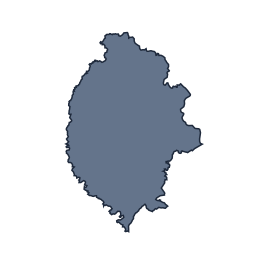 São Francisco de Assis, Rio Grande do Sul, Brazil, rotated 230°
{"feature_id": "56859067B81817993019000", "entity_name": "São Francisco de Assis", "entity_type": "district", "adm_level": 2, "iso_a3": "BRA", "parent_name": "Brazil", "parent_adm1": "Rio Grande do Sul", "projection": "mercator", "projection_center": [-55.147, -29.45], "detail": "fine", "context": "isolated", "style": "filled", "palette": "slate", "viewbox_px": 256, "rotation_deg": 230, "n_neighbors": 0, "source": "geoboundaries", "source_scale": "gbopen_adm2", "svg_char_len": 5770}
<svg xmlns="http://www.w3.org/2000/svg" viewBox="0 0 256 256"><g transform="rotate(230 128 128)"><path d="M125.6,197.0L126.4,196.7L127.2,196.9L128.1,196.6L127.8,195.0L129.4,193.3L127.7,192.0L128.1,191.3L129.4,191.3L129.7,190.3L130.9,189.5L130.6,188.6L130.0,187.9L130.3,187.2L131.4,186.6L132.7,186.5L135.1,186.8L136.9,187.5L137.5,186.9L136.9,184.1L137.6,183.5L138.4,183.3L139.7,184.0L142.0,186.9L141.7,190.6L143.8,193.0L145.0,193.2L145.5,193.9L145.6,194.7L145.1,195.6L145.3,196.4L148.2,196.6L148.6,197.8L149.1,198.7L150.7,199.9L153.4,199.8L154.3,200.1L156.6,200.3L158.1,201.4L160.5,200.9L162.5,200.0L163.7,198.3L164.7,198.9L165.4,199.1L166.2,198.4L165.3,197.0L165.7,196.2L167.6,197.3L168.4,197.5L169.9,197.2L170.7,196.4L172.1,195.5L172.8,194.7L173.7,192.9L174.5,192.0L175.6,191.9L177.1,192.8L177.3,190.7L178.3,189.9L179.3,188.0L181.3,188.0L183.4,189.4L185.3,188.7L188.2,188.0L189.1,188.1L190.7,188.7L192.4,190.1L194.7,190.0L195.5,188.6L196.1,187.9L196.4,186.4L197.8,187.6L199.4,188.0L200.6,188.8L201.6,188.8L203.5,186.0L203.1,184.3L203.0,183.0L203.3,181.1L204.8,180.2L205.5,180.9L206.2,181.0L207.4,179.4L208.4,178.8L208.7,177.8L209.7,177.0L209.5,176.2L210.6,175.3L211.3,175.3L212.0,174.6L211.9,173.5L213.1,172.2L213.5,171.4L213.1,170.7L213.4,169.6L212.6,169.0L211.5,168.4L211.6,167.5L210.3,163.8L210.6,163.0L211.6,162.6L211.3,161.4L210.2,161.2L209.0,162.4L208.3,161.9L207.9,163.2L207.0,163.1L206.1,163.3L204.2,161.9L203.4,162.8L201.5,163.0L200.9,162.5L200.7,161.6L199.7,160.5L200.3,158.7L199.7,157.9L199.0,156.4L197.6,156.0L196.9,155.4L195.8,155.9L194.9,155.5L194.5,154.7L194.2,153.9L194.5,152.5L194.7,151.1L195.1,150.2L196.7,149.9L197.7,149.4L198.2,147.6L199.3,147.6L200.0,146.2L200.7,146.7L201.2,146.1L200.5,144.5L201.2,143.7L200.4,142.8L201.0,142.2L200.6,141.1L201.7,140.3L201.6,139.1L200.0,139.0L199.3,138.4L198.9,137.3L197.3,135.6L197.1,133.8L198.1,132.7L197.2,131.8L196.2,132.1L196.4,131.0L197.2,130.6L196.7,128.3L196.7,126.9L197.0,126.1L196.3,125.3L195.0,124.5L195.0,123.3L194.0,121.3L193.7,120.2L192.9,119.3L192.9,118.0L192.4,117.4L193.5,115.2L192.4,114.6L193.1,114.1L193.2,113.0L192.0,112.6L192.2,111.1L190.9,110.6L191.6,110.2L191.1,109.3L189.0,107.8L188.9,106.3L187.8,105.3L186.6,103.6L186.4,102.5L185.9,101.7L186.3,100.9L186.1,99.7L185.1,99.3L184.8,98.4L183.3,97.0L181.8,97.3L179.6,94.9L178.9,93.8L178.2,93.3L176.9,91.8L176.0,92.1L175.2,93.1L173.4,90.0L170.5,89.9L169.7,89.5L169.5,87.5L170.0,86.6L169.4,85.9L168.2,84.3L168.3,83.4L167.9,82.6L167.6,81.4L167.2,80.5L166.3,79.7L164.3,79.6L163.5,78.7L162.5,78.1L161.9,77.3L160.9,77.0L159.8,76.8L159.5,76.0L159.1,73.8L157.2,73.5L155.7,73.7L155.3,71.9L155.7,70.2L154.8,70.6L153.8,71.4L152.7,71.3L153.5,70.4L153.3,68.5L152.4,68.5L151.2,70.3L150.1,70.3L149.0,68.9L150.2,66.8L149.9,65.7L149.0,65.4L148.4,64.7L146.6,65.0L143.3,64.3L142.3,62.8L142.2,61.9L141.5,61.2L140.9,60.5L139.7,60.4L138.6,61.7L137.3,62.2L135.3,61.8L134.2,60.5L133.7,61.2L132.7,61.8L132.5,59.2L131.6,57.8L129.5,58.0L126.8,57.0L126.2,56.1L125.0,57.3L123.9,57.5L122.6,56.6L121.9,58.6L121.0,59.2L119.9,58.3L119.7,56.8L118.9,57.0L117.7,55.4L116.6,56.8L116.2,60.2L115.5,60.6L114.7,60.8L113.9,60.7L113.2,59.8L112.7,58.6L111.5,58.7L110.3,59.5L109.6,58.0L110.1,56.8L111.1,56.9L110.3,56.0L109.3,55.0L107.4,55.6L105.4,56.8L105.3,55.8L103.5,56.4L103.1,54.6L102.3,54.9L101.2,55.0L99.9,56.3L98.5,57.0L97.6,57.9L97.5,58.7L96.4,60.3L95.1,59.4L93.9,60.1L93.0,59.9L92.4,60.9L91.6,60.8L90.6,61.5L89.1,61.6L88.3,61.9L87.3,61.9L86.4,61.6L86.0,59.9L85.3,60.2L84.0,59.3L84.4,60.2L83.4,60.6L83.2,61.9L81.9,62.3L80.6,62.9L79.6,64.0L78.5,64.2L77.3,63.9L76.5,64.0L76.0,62.6L76.5,61.8L76.3,59.9L74.9,60.2L74.3,59.4L72.1,59.8L72.0,60.7L71.5,61.8L70.8,62.1L70.4,63.3L70.8,66.5L69.6,67.9L68.7,68.2L66.8,67.2L65.8,66.2L65.7,64.5L64.9,64.4L64.3,65.1L65.0,66.3L64.1,68.2L62.3,67.4L62.2,66.6L62.4,63.1L63.5,62.0L63.9,61.4L64.2,59.7L63.1,59.0L62.3,59.2L61.9,60.4L58.4,60.9L57.0,61.8L55.8,60.3L54.8,61.5L52.3,61.3L51.2,60.3L51.0,59.4L50.2,59.6L49.3,61.5L48.2,61.9L50.1,63.5L52.6,65.4L53.3,67.1L53.3,69.0L54.0,71.0L54.6,72.1L55.0,73.9L56.7,75.3L56.9,76.4L57.5,77.4L58.0,79.4L57.6,80.2L57.9,81.8L57.7,82.8L58.2,83.6L58.6,84.9L58.4,86.3L58.6,87.5L59.0,88.2L58.7,89.4L58.7,92.0L57.5,92.0L56.4,91.7L55.9,91.2L54.3,90.6L53.6,91.1L51.7,91.1L48.3,93.0L48.7,93.9L48.3,94.7L48.6,97.1L47.5,97.8L47.4,100.6L45.5,102.0L44.3,103.7L43.5,104.1L42.5,105.1L42.7,107.0L42.6,108.2L44.2,108.0L45.3,107.6L46.7,107.8L47.7,107.6L48.4,106.9L50.3,106.2L51.6,105.6L51.9,106.4L52.7,106.0L52.9,104.4L54.3,103.6L55.4,103.3L56.0,105.0L55.5,108.7L55.3,109.4L53.2,112.8L53.8,113.2L54.3,114.1L55.0,114.4L60.6,114.9L62.4,120.9L63.4,121.3L63.8,122.3L64.6,123.2L63.4,124.5L64.1,124.9L64.9,125.7L66.0,125.9L67.6,125.3L67.9,126.6L67.4,127.7L68.5,127.7L69.2,128.2L70.2,127.5L71.0,128.1L72.2,127.3L71.8,128.5L72.3,129.3L73.1,129.5L72.5,130.4L70.9,130.2L70.4,130.9L70.8,132.1L71.9,133.4L71.4,134.4L71.9,135.0L72.4,135.8L73.4,136.4L74.4,135.8L75.2,136.6L75.1,135.7L76.0,135.7L76.7,134.8L77.8,135.6L77.1,136.6L76.9,137.4L75.8,138.8L75.8,140.0L76.4,142.3L77.5,143.5L79.1,144.9L79.2,146.2L79.9,147.0L80.3,148.3L79.6,149.7L79.7,150.9L77.9,151.7L77.2,151.1L76.6,150.9L75.5,151.3L74.9,151.9L74.7,152.9L75.8,153.8L75.7,154.7L75.0,154.9L73.9,155.8L72.9,156.4L71.6,157.5L70.8,157.9L70.7,159.5L70.3,162.3L69.2,162.7L69.4,165.7L67.9,174.5L69.4,173.7L70.2,173.7L71.7,174.3L73.6,175.8L77.8,180.5L80.8,182.0L81.9,181.7L84.2,179.4L85.0,179.0L88.6,178.9L90.8,176.1L92.0,175.2L93.3,175.0L94.2,175.1L95.0,175.6L96.1,175.5L97.3,175.0L99.4,175.2L101.0,175.9L101.6,176.6L102.5,179.1L103.0,179.8L103.6,180.0L105.8,179.0L107.1,179.3L108.6,180.3L108.5,184.5L110.1,186.8L112.7,188.7L113.4,190.7L113.5,191.9L112.8,195.7L113.0,196.7L113.7,197.4L118.7,197.7L121.8,197.6L124.3,196.9L125.6,197.0Z" fill="#64748b" stroke="#1e293b" stroke-width="1.5"/></g></svg>